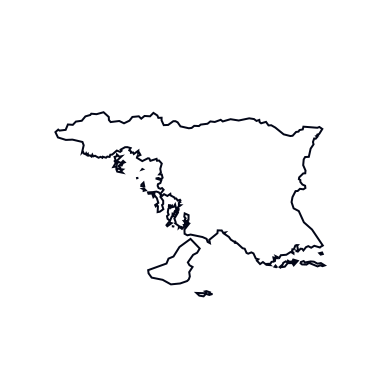 outline of Sumbawa, Nusa Tenggara Barat, Indonesia, rotated 196°
{"feature_id": "22746128B848155691224", "entity_name": "Sumbawa", "entity_type": "district", "adm_level": 2, "iso_a3": "IDN", "parent_name": "Indonesia", "parent_adm1": "Nusa Tenggara Barat", "projection": "albers", "projection_center": [117.515, -8.617], "detail": "fine", "context": "isolated", "style": "outline", "palette": "ink", "viewbox_px": 384, "rotation_deg": 196, "n_neighbors": 0, "source": "geoboundaries", "source_scale": "gbopen_adm2", "svg_char_len": 6043}
<svg xmlns="http://www.w3.org/2000/svg" viewBox="0 0 384 384"><g transform="rotate(196 192 192)"><path d="M308.6,199.7L308.0,200.9L306.7,199.2L304.6,198.9L304.4,200.0L303.3,198.8L302.6,199.9L301.8,198.3L300.2,199.1L298.5,198.4L298.1,200.4L296.8,199.0L295.2,200.1L291.3,199.2L289.5,200.6L287.6,200.2L287.5,201.3L284.1,201.3L283.2,202.7L280.9,203.0L280.8,205.3L279.0,206.0L275.7,211.1L272.1,210.8L271.1,212.2L272.2,213.1L268.7,216.6L266.5,217.3L263.1,217.3L263.8,214.8L261.8,214.1L261.5,212.9L259.6,213.8L258.4,212.5L255.0,216.9L254.4,214.3L253.6,215.2L251.8,213.4L254.4,211.3L254.4,209.7L248.3,208.0L243.6,212.3L242.3,212.4L240.6,210.5L235.2,214.1L234.2,212.4L232.4,213.2L228.9,211.0L228.9,205.5L227.3,202.3L228.3,199.9L225.9,200.5L224.2,197.6L225.3,195.8L228.1,196.2L230.6,195.0L224.7,194.9L224.9,191.9L226.9,190.1L226.7,188.4L225.2,186.6L223.1,186.4L221.9,187.5L219.9,186.3L221.9,181.4L219.6,180.1L218.3,182.2L214.6,181.4L212.3,184.2L211.6,182.8L207.4,181.9L206.7,180.9L205.3,181.4L203.4,179.8L201.4,181.2L201.0,180.9L201.9,180.0L200.5,179.1L201.6,177.9L201.0,175.8L199.2,176.2L201.7,172.9L201.4,171.8L200.3,172.0L200.0,170.3L200.6,169.1L199.8,168.4L201.6,161.6L199.3,158.4L199.6,157.3L195.0,155.6L194.8,154.0L194.0,155.4L192.2,155.5L191.7,155.0L193.2,154.5L191.5,153.8L189.7,157.0L190.8,158.1L189.7,158.8L190.4,160.8L191.7,161.8L190.2,162.1L191.3,163.6L190.9,165.0L192.6,166.1L193.1,169.4L188.9,168.8L187.7,164.3L188.7,163.2L186.8,161.4L188.4,160.6L188.0,158.2L186.7,159.2L188.9,153.8L187.6,149.8L184.5,149.1L181.6,150.7L169.5,151.6L165.1,151.0L163.2,148.3L160.7,147.8L162.2,150.8L156.2,159.4L156.7,162.2L152.8,163.2L150.7,161.3L148.9,162.2L149.7,160.8L144.2,159.0L141.5,156.9L137.2,155.6L136.6,157.0L136.6,155.0L134.5,155.2L127.9,151.9L125.7,152.0L122.8,148.5L121.0,148.2L118.3,150.3L116.0,149.9L112.3,145.6L109.7,145.6L110.7,143.9L106.7,141.5L104.5,144.2L100.4,142.5L96.9,143.2L98.8,144.0L96.8,144.7L96.3,146.7L93.3,148.4L93.4,150.3L94.0,150.6L93.5,148.8L93.9,148.2L95.7,151.5L92.1,151.9L93.5,153.3L89.9,152.7L89.2,155.7L84.0,157.7L80.8,161.4L79.3,161.4L79.7,164.6L78.3,164.9L77.9,169.0L76.9,169.8L75.7,170.1L76.1,169.3L73.5,164.5L72.0,167.4L70.4,167.7L68.8,166.5L67.2,170.4L65.3,172.0L62.1,171.3L59.6,174.0L53.0,173.9L53.9,174.1L51.5,176.6L66.3,189.0L76.1,193.7L84.1,203.1L89.8,204.3L93.5,209.7L94.0,214.8L92.7,221.4L90.7,222.1L89.1,224.8L85.7,225.3L84.1,227.1L85.0,229.2L87.9,229.6L90.6,231.5L91.2,233.4L92.8,233.8L93.0,235.6L90.2,240.5L88.3,241.2L88.8,243.9L92.5,248.4L93.6,254.1L92.9,256.8L89.4,258.0L89.9,266.4L88.3,271.3L89.5,273.4L89.3,277.1L87.8,277.3L86.8,279.4L87.9,280.0L86.4,281.0L87.2,281.8L85.7,282.9L84.1,288.5L87.5,289.6L89.2,288.3L102.9,285.5L102.8,282.7L105.7,281.2L106.3,279.4L108.5,278.4L110.8,273.8L112.9,272.9L119.8,272.7L129.7,276.9L134.2,278.0L136.8,277.1L140.2,279.8L144.5,277.1L146.2,277.8L147.2,279.8L149.6,278.1L152.5,279.2L157.3,278.6L166.8,273.6L175.0,272.6L181.9,268.3L184.3,269.3L189.4,265.6L193.8,264.9L195.9,261.9L202.2,259.2L203.5,257.3L208.1,256.2L210.0,253.5L212.6,252.4L221.2,251.9L225.0,255.0L227.4,255.5L229.5,254.9L233.4,249.9L237.6,248.5L241.0,252.5L241.7,255.0L244.8,254.0L246.4,256.0L250.9,257.4L253.2,253.2L258.6,252.0L261.0,248.5L264.0,250.1L270.0,247.7L271.8,243.3L276.3,239.3L281.5,240.2L289.5,236.8L291.7,238.3L292.7,241.2L299.0,244.3L305.2,240.5L310.4,239.5L311.0,238.0L315.3,235.3L317.6,230.1L323.0,227.7L325.1,223.7L329.9,222.7L330.6,216.9L336.3,214.5L337.8,215.1L339.8,211.9L335.9,207.5L327.6,207.3L321.3,209.4L311.1,209.9L309.0,207.1L308.6,199.7ZM186.8,97.4L178.2,100.8L172.1,105.1L171.0,107.1L170.8,110.2L172.6,114.2L170.8,120.1L174.2,120.9L176.6,123.2L173.6,131.9L170.3,135.0L169.0,139.8L180.5,146.5L188.9,135.7L192.0,124.9L196.2,121.5L196.8,116.2L212.6,104.8L211.3,101.8L207.2,98.6L196.0,99.5L186.8,97.4ZM220.8,168.9L219.5,163.2L217.5,164.2L214.8,167.6L217.2,171.2L216.4,172.6L217.3,175.7L221.0,178.6L221.1,180.7L223.8,182.5L226.3,182.6L228.3,181.7L227.7,180.0L228.5,179.2L229.9,181.0L234.2,179.5L233.3,178.3L229.9,179.6L227.7,176.4L226.7,178.2L224.1,176.4L221.4,172.3L223.8,169.3L222.9,168.3L222.1,169.9L220.8,168.9ZM205.2,158.2L204.7,162.7L202.9,163.8L204.4,164.5L204.7,165.9L202.5,165.9L203.4,167.8L203.2,169.2L202.0,170.5L204.8,175.3L205.4,172.8L206.8,172.0L207.3,173.0L208.0,171.4L209.0,173.3L210.5,173.0L210.2,171.4L208.8,171.2L210.1,169.3L209.7,165.8L208.2,163.8L209.4,161.9L208.1,159.5L205.2,158.2ZM269.5,191.0L264.0,191.4L266.2,192.6L264.7,194.6L267.4,194.2L267.8,195.9L269.8,196.7L268.6,198.4L266.9,198.2L266.4,200.8L264.9,202.0L266.8,202.9L268.1,200.4L271.1,200.7L271.8,198.3L272.9,201.2L269.5,207.0L271.5,205.9L274.5,207.4L274.2,205.6L276.1,204.4L274.3,201.6L274.9,200.4L273.3,199.0L274.5,194.4L271.8,195.7L271.3,194.1L269.1,194.1L270.7,192.6L269.5,191.0ZM66.3,152.7L61.9,153.8L60.0,156.1L50.8,155.1L48.4,156.9L46.1,156.7L44.2,158.0L48.5,159.2L51.6,157.7L55.6,158.6L58.7,158.0L64.0,155.4L65.6,156.4L68.0,154.7L68.0,153.4L66.3,152.7ZM85.3,144.4L82.2,145.8L80.4,150.0L75.9,151.3L74.0,149.6L71.4,154.9L76.9,155.0L75.4,154.5L75.1,152.8L74.1,153.3L74.1,152.2L74.3,151.9L76.7,152.9L78.8,151.8L80.8,152.4L80.8,150.5L82.7,151.2L84.7,149.1L85.3,144.4ZM156.4,94.4L152.1,94.9L150.6,97.9L147.0,97.8L144.2,99.6L147.5,99.1L147.2,100.5L150.8,100.7L151.7,100.2L150.5,99.9L150.3,98.6L159.9,96.2L156.4,94.4ZM206.0,156.5L207.4,153.1L206.3,152.3L203.0,156.4L206.0,156.5ZM242.4,183.8L239.5,184.3L241.2,187.6L242.6,185.1L242.4,183.8ZM51.0,167.3L49.2,168.4L50.3,169.7L52.7,168.3L51.0,167.3ZM238.8,179.8L237.0,180.9L239.3,182.2L240.5,181.5L239.2,181.3L238.8,179.8ZM92.0,142.9L90.4,142.9L90.0,143.3L91.4,144.3L92.0,142.9ZM202.2,169.5L202.8,168.9L202.3,168.2L201.8,168.7L202.2,169.5ZM86.5,144.9L87.1,144.0L86.5,143.8L86.5,144.9ZM79.0,162.0L78.5,161.1L77.5,160.8L77.8,161.8L79.0,162.0ZM248.6,190.1L247.5,190.8L248.7,190.3L248.6,190.1ZM200.5,170.2L201.2,170.0L201.0,169.1L200.5,170.2ZM75.3,163.9L74.2,164.1L75.5,164.3L75.3,163.9ZM246.1,200.4L246.3,199.8L245.6,200.3L246.1,200.4ZM201.8,153.5L200.4,153.7L200.4,153.8L201.2,153.8L201.8,153.5Z" fill="none" stroke="#020617" stroke-width="2"/></g></svg>